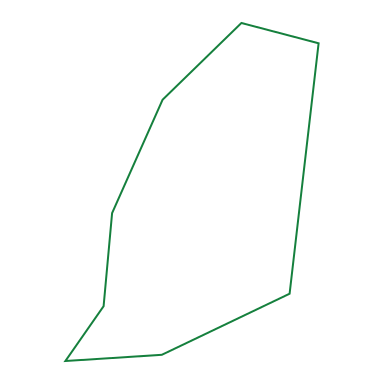 Grenada, orthographic projection
{"feature_id": "GRD", "entity_name": "Grenada", "entity_type": "country or territory", "adm_level": 0, "iso_a3": "GRD", "parent_name": "North America", "parent_adm1": "", "projection": "orthographic", "projection_center": [-61.703, 12.123], "detail": "fine", "context": "isolated", "style": "outline", "palette": "green", "viewbox_px": 384, "rotation_deg": 0, "n_neighbors": 0, "source": "natural_earth", "source_scale": "50m", "svg_char_len": 231}
<svg xmlns="http://www.w3.org/2000/svg" viewBox="0 0 384 384"><path d="M161.8,354.8L65.4,361.0L103.6,306.2L112.1,213.1L162.6,99.7L241.4,23.0L318.6,43.3L289.6,293.7L161.8,354.8Z" fill="none" stroke="#15803d" stroke-width="2"/></svg>